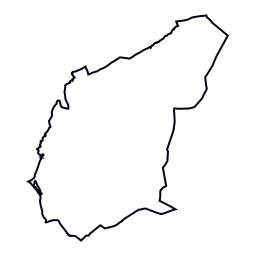 the district of Sauherad nor, Telemark, Norway
{"feature_id": "86288312B68801046194280", "entity_name": "Sauherad nor", "entity_type": "district", "adm_level": 2, "iso_a3": "NOR", "parent_name": "Norway", "parent_adm1": "Telemark", "projection": "mercator", "projection_center": [9.241, 59.441], "detail": "fine", "context": "isolated", "style": "outline", "palette": "ink", "viewbox_px": 256, "rotation_deg": 0, "n_neighbors": 0, "source": "geoboundaries", "source_scale": "gbopen_adm2", "svg_char_len": 5453}
<svg xmlns="http://www.w3.org/2000/svg" viewBox="0 0 256 256"><path d="M206.3,15.4L203.3,15.9L200.1,16.1L194.5,17.0L191.9,17.6L187.7,19.6L183.9,20.5L176.2,21.5L176.8,23.0L177.1,24.0L177.6,25.1L178.1,26.0L177.7,26.2L177.2,26.1L176.0,26.6L175.7,26.9L175.3,27.5L174.7,27.7L174.4,28.0L174.2,28.3L174.2,29.1L174.2,29.3L173.7,29.4L173.1,29.3L172.9,29.4L172.7,29.8L172.3,30.1L172.2,30.5L171.6,31.8L171.5,32.3L171.3,32.2L170.9,32.6L170.7,33.1L170.6,33.3L170.0,33.7L169.5,33.8L168.5,34.2L167.8,34.4L167.5,34.6L167.3,35.2L167.0,35.6L166.5,35.9L165.8,35.8L165.0,36.2L164.4,36.9L164.3,37.4L164.2,37.7L163.4,38.4L163.2,38.8L162.8,38.9L162.5,39.2L161.9,39.3L160.7,40.3L160.1,40.7L159.8,40.6L159.7,40.7L159.6,40.9L159.5,41.4L159.2,41.7L157.8,42.0L157.7,42.0L157.6,42.5L157.3,42.7L156.4,42.6L155.7,42.9L155.3,42.9L155.0,43.1L154.6,43.4L154.3,43.9L153.8,44.3L153.6,44.7L152.9,45.4L152.6,45.4L152.1,45.3L151.8,45.9L151.4,46.3L151.2,46.5L151.0,47.1L150.8,47.7L150.6,47.9L149.9,47.1L149.6,46.9L148.3,48.0L147.9,48.2L146.3,48.9L145.6,49.0L145.1,49.5L142.7,50.6L141.8,51.5L141.0,51.7L140.7,52.0L139.0,52.9L137.3,53.7L135.8,54.7L134.8,55.2L132.8,56.7L130.7,57.9L130.1,58.3L129.5,58.6L120.7,57.4L119.7,57.5L115.4,60.3L110.9,63.0L109.1,64.5L106.6,66.2L105.3,67.1L103.6,68.0L103.4,68.2L101.7,68.6L96.9,71.4L95.3,71.7L95.0,72.0L93.9,72.2L91.2,73.3L89.7,73.9L89.1,74.2L88.3,74.5L87.2,70.1L85.8,68.1L85.5,66.6L80.6,69.4L78.9,70.1L78.1,70.3L77.5,70.7L75.3,71.5L72.9,71.9L72.7,72.2L72.5,72.3L72.5,72.6L71.9,72.7L71.8,73.1L72.0,73.3L72.2,73.7L71.9,73.9L71.9,74.0L72.0,74.4L72.5,74.6L72.6,74.8L72.9,75.1L72.9,75.4L73.1,75.6L73.0,75.8L73.7,76.6L73.7,76.8L74.4,77.0L74.5,77.4L74.4,77.4L74.4,77.6L74.3,77.8L74.1,77.8L74.0,78.0L73.7,78.1L73.5,78.5L73.4,78.6L73.1,78.8L73.2,79.0L72.9,79.3L72.7,79.6L72.7,79.8L72.7,80.0L72.1,79.9L72.1,80.3L72.1,80.5L71.8,80.3L71.4,80.5L70.3,81.2L70.2,81.4L70.2,81.6L69.9,81.7L69.7,82.1L70.1,82.4L70.1,82.6L69.1,83.1L67.1,83.9L65.1,85.4L65.2,86.1L65.3,87.2L65.1,88.5L65.0,89.0L64.5,92.3L65.0,94.7L65.5,99.2L66.0,100.5L66.8,101.9L67.5,103.1L67.6,103.8L68.2,105.1L68.4,107.0L68.3,108.7L66.7,108.5L62.5,107.5L60.8,106.0L60.5,104.2L59.5,100.7L57.6,100.7L57.2,101.4L56.8,102.0L56.7,102.5L56.7,102.8L56.7,103.2L56.5,103.8L55.6,104.7L54.3,106.3L52.9,108.9L52.2,110.7L52.0,111.3L51.8,111.5L51.8,112.0L51.9,113.3L51.9,113.6L51.9,113.8L51.8,114.2L52.2,114.9L52.2,115.2L52.1,115.6L51.7,116.2L51.4,117.1L50.4,118.8L49.4,120.2L49.0,121.0L49.3,121.9L49.3,123.2L50.0,125.6L50.5,126.8L49.1,127.9L48.7,129.3L48.1,130.1L47.5,131.1L45.6,133.3L45.5,133.7L45.3,134.2L45.2,134.2L45.4,134.6L45.6,135.0L45.6,135.6L45.5,136.0L45.2,136.2L44.6,135.9L44.4,135.9L43.3,137.3L42.9,137.6L42.5,140.7L41.9,140.9L41.2,140.8L40.7,141.0L40.6,141.3L40.7,141.6L40.9,142.4L41.0,142.5L40.9,142.9L40.7,143.0L40.5,143.3L40.4,143.8L40.0,144.5L40.0,144.9L39.9,145.1L39.8,145.4L39.9,145.6L40.3,145.8L40.2,146.2L40.6,146.5L40.1,147.1L39.4,147.2L38.2,148.4L37.9,148.6L37.2,148.7L37.1,149.1L37.8,149.1L38.2,149.7L38.5,150.5L38.6,150.8L38.6,151.1L38.5,151.4L38.4,151.4L38.4,151.5L38.1,152.4L38.3,153.4L38.6,153.9L38.8,154.1L39.9,154.8L40.5,155.0L41.5,154.9L42.5,154.4L43.0,154.3L43.3,154.5L43.6,155.2L43.6,155.3L42.6,155.8L42.3,156.1L42.1,156.5L42.4,157.5L40.4,156.7L40.3,156.9L40.4,157.5L40.6,157.8L41.1,158.7L41.0,158.9L41.0,159.2L40.6,159.6L40.3,160.3L39.7,161.6L39.6,162.0L39.0,163.7L37.9,167.1L37.3,169.0L36.9,170.1L36.2,171.3L36.0,171.9L35.7,173.0L35.1,174.0L35.1,174.5L34.9,175.3L34.4,177.6L31.0,180.3L29.3,181.2L28.6,181.3L28.2,181.6L29.7,182.4L31.1,183.6L32.2,185.2L33.6,186.6L33.7,186.2L33.6,185.9L33.8,185.2L34.3,183.7L34.5,182.2L34.6,181.5L34.8,181.4L35.2,180.8L35.4,180.9L37.0,184.5L38.1,186.6L39.4,188.6L40.5,191.7L41.0,192.9L41.8,193.7L41.6,193.9L41.4,193.9L41.2,194.1L40.8,194.1L40.7,194.0L40.7,193.8L40.2,193.4L39.5,191.8L38.8,191.3L38.7,191.0L38.2,190.4L36.8,189.2L36.0,188.1L35.6,187.0L34.4,187.3L35.2,188.7L36.7,190.3L37.0,190.7L38.8,193.7L39.7,194.5L40.3,195.6L40.5,196.1L40.5,197.5L40.0,201.3L40.4,203.4L40.5,204.7L40.8,205.9L41.1,206.9L41.6,208.9L42.1,210.5L42.3,211.9L42.3,213.0L42.2,213.3L42.4,214.6L44.0,217.7L44.7,218.2L46.1,219.9L45.7,222.3L47.5,222.2L49.9,220.9L50.6,221.0L52.9,220.2L57.2,220.2L58.4,220.4L59.1,221.7L60.2,224.1L61.5,225.6L62.3,226.8L62.9,227.3L64.1,229.0L65.2,230.2L65.3,230.6L65.7,231.1L66.3,231.8L66.4,232.3L67.6,233.5L67.9,234.2L68.1,234.4L68.3,234.8L68.6,234.9L68.8,235.3L69.6,235.2L69.6,235.5L69.7,235.8L69.8,235.9L72.8,235.8L75.4,236.2L76.4,236.7L78.0,238.1L78.5,238.4L80.9,240.6L81.9,239.7L82.0,239.5L83.4,238.4L85.4,236.3L85.9,235.9L86.5,235.6L87.9,235.7L88.6,235.7L88.9,234.9L89.4,234.6L89.9,233.7L100.3,225.3L104.8,228.4L111.5,226.8L114.4,226.0L117.5,224.3L119.3,222.8L122.2,221.0L122.0,220.6L127.3,216.9L132.6,213.6L137.0,210.7L137.6,210.6L138.9,209.6L140.6,209.6L143.6,208.7L146.1,208.7L156.8,212.8L161.4,214.1L165.0,213.0L170.9,210.7L175.5,209.3L171.7,207.2L171.0,206.7L170.3,206.3L159.6,200.8L160.0,198.8L160.3,196.3L160.3,195.7L160.2,191.8L160.7,190.2L162.6,188.0L166.2,185.9L165.6,183.1L165.4,181.6L164.4,176.2L163.3,170.1L162.9,167.8L165.6,164.2L167.4,161.0L168.0,151.6L167.1,149.4L173.5,130.5L174.7,121.7L174.2,112.4L174.0,111.8L174.1,110.9L174.0,109.5L174.2,108.9L174.5,108.3L178.5,108.8L188.9,108.5L194.3,107.2L195.9,105.5L201.2,99.4L202.5,97.7L203.3,95.7L205.4,91.7L206.8,88.8L206.0,84.5L205.2,77.3L209.9,70.0L212.7,65.2L216.3,56.6L227.8,35.6L212.0,22.5L210.1,20.0L206.9,17.2L206.3,15.4Z" fill="none" stroke="#020617" stroke-width="2"/></svg>